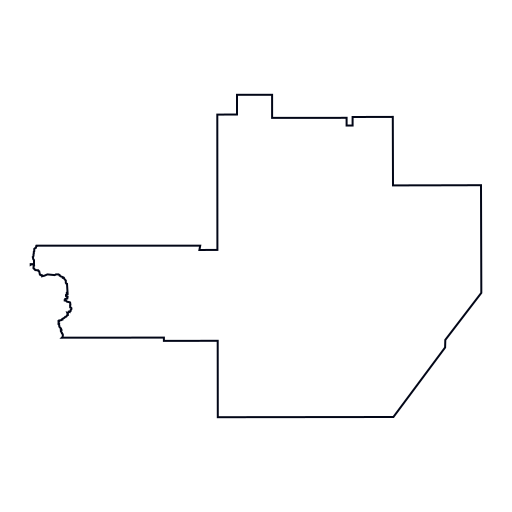 outline of 76, Al Khawr, Qatar
{"feature_id": "91078587B47360643234421", "entity_name": "76", "entity_type": "district", "adm_level": 2, "iso_a3": "QAT", "parent_name": "Qatar", "parent_adm1": "Al Khawr", "projection": "albers", "projection_center": [51.019, 25.84], "detail": "fine", "context": "isolated", "style": "outline", "palette": "ink", "viewbox_px": 512, "rotation_deg": 0, "n_neighbors": 0, "source": "geoboundaries", "source_scale": "gbopen_adm2", "svg_char_len": 1824}
<svg xmlns="http://www.w3.org/2000/svg" viewBox="0 0 512 512"><path d="M481.0,185.2L441.0,185.3L393.0,185.4L392.8,116.9L352.6,117.0L352.6,125.5L346.6,125.5L346.6,117.8L329.8,117.9L272.1,117.9L272.1,94.8L237.0,94.8L237.0,114.5L217.3,114.6L217.4,249.9L199.4,250.0L200.2,245.7L36.9,245.7L36.9,245.9L36.3,245.9L35.9,247.8L35.3,248.0L34.3,248.8L34.2,251.4L33.8,251.8L33.8,253.7L33.5,254.1L33.5,255.7L33.2,256.7L32.8,257.0L33.3,259.3L34.0,260.1L34.0,264.1L30.7,264.1L30.7,264.7L31.0,264.5L34.0,264.4L34.1,265.7L33.8,266.0L33.5,267.0L33.5,268.3L33.7,268.5L34.3,268.7L34.5,269.3L35.3,270.1L38.2,270.3L38.4,271.0L38.6,271.1L39.2,271.3L39.9,274.6L40.5,274.7L40.8,275.1L41.8,275.1L42.3,275.5L42.2,276.2L44.4,275.7L47.4,274.4L54.6,275.1L55.5,274.7L55.9,274.4L58.5,274.4L58.8,274.7L59.5,274.9L59.6,275.6L60.0,275.8L60.8,276.4L62.5,277.0L63.3,277.4L63.1,277.9L64.0,278.0L64.5,279.2L65.8,280.5L65.8,282.8L66.3,283.6L67.0,283.8L67.5,292.0L66.8,292.6L66.8,293.0L67.0,293.1L67.6,293.3L67.6,294.3L66.6,294.4L66.0,294.9L66.0,295.9L66.6,295.9L66.8,296.6L67.0,296.7L67.6,296.9L67.3,298.5L65.3,298.9L65.3,300.2L64.7,300.2L64.7,300.5L66.0,300.7L67.0,301.7L69.9,302.3L70.1,302.5L70.4,304.8L70.1,305.1L70.2,307.4L70.9,307.6L71.4,308.1L71.4,309.1L70.7,310.0L70.6,311.0L69.6,311.4L69.6,312.0L68.6,311.7L67.9,313.3L67.3,313.0L67.5,313.6L67.8,314.1L67.9,315.0L67.0,315.3L66.8,315.9L66.3,316.6L65.3,316.8L64.4,317.8L62.4,318.9L62.4,319.6L61.7,319.7L61.4,320.1L59.1,320.5L59.1,321.2L58.5,321.2L58.6,322.2L58.5,323.8L59.1,323.8L59.0,324.8L59.3,325.5L59.3,326.5L59.6,327.1L60.9,328.4L61.4,329.7L60.8,329.7L60.9,331.4L61.9,332.7L61.9,333.4L62.6,334.0L62.9,335.0L62.6,337.0L61.9,337.7L163.9,337.6L163.9,340.9L217.7,340.8L217.8,417.2L393.4,417.0L445.1,347.5L445.3,339.9L481.3,292.9L481.3,287.1L481.0,185.2Z" fill="none" stroke="#020617" stroke-width="2"/></svg>